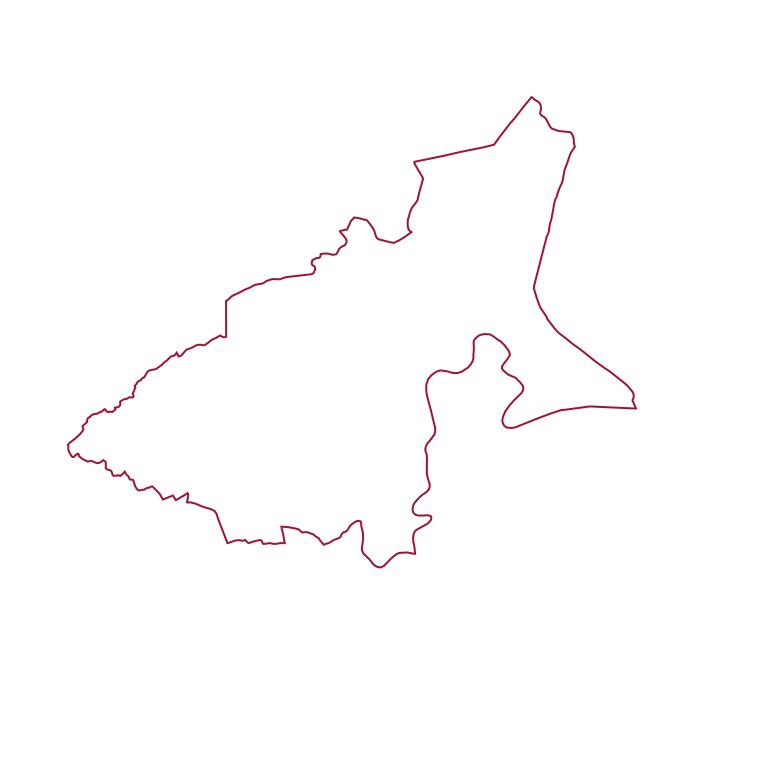 Long Dien, Bà Rịa - Vũng Tàu, Vietnam (Robinson projection), rotated 235°
{"feature_id": "81297802B9398077823445", "entity_name": "Long Dien", "entity_type": "district", "adm_level": 2, "iso_a3": "VNM", "parent_name": "Vietnam", "parent_adm1": "Bà Rịa - Vũng Tàu", "projection": "robinson", "projection_center": [107.23, 10.446], "detail": "fine", "context": "isolated", "style": "outline", "palette": "rose", "viewbox_px": 768, "rotation_deg": 235, "n_neighbors": 0, "source": "geoboundaries", "source_scale": "gbopen_adm2", "svg_char_len": 6148}
<svg xmlns="http://www.w3.org/2000/svg" viewBox="0 0 768 768"><g transform="rotate(235 384 384)"><path d="M227.1,312.1L232.7,315.3L238.1,317.6L241.0,319.3L243.8,321.9L245.5,324.6L245.9,327.1L244.6,340.1L245.5,344.0L247.5,346.3L249.2,346.5L251.3,344.6L256.2,337.0L258.7,334.9L261.1,334.3L263.4,334.6L265.5,335.9L267.3,337.7L268.9,340.3L269.8,343.4L270.9,348.9L271.2,352.0L271.1,356.8L272.1,360.7L273.6,362.4L275.4,363.8L282.6,366.2L286.0,367.7L292.9,372.5L298.0,376.3L301.9,378.6L305.2,379.5L307.1,380.6L308.7,382.3L310.6,385.7L311.2,388.9L313.8,396.5L316.1,399.0L319.2,400.9L334.7,407.0L350.2,412.7L355.3,415.4L359.4,418.5L362.8,423.3L363.9,427.6L364.1,431.0L364.0,434.1L362.8,438.0L358.7,442.5L353.1,447.1L350.9,450.5L349.5,454.5L349.3,462.6L350.5,466.9L351.9,469.7L353.6,471.8L357.8,474.9L360.9,477.6L367.0,481.5L368.0,482.6L368.8,484.5L369.2,487.9L369.1,490.7L367.3,494.9L363.6,499.5L359.8,501.1L355.1,502.6L351.3,504.2L346.0,505.0L340.6,505.2L337.8,504.8L335.5,503.8L333.7,499.7L331.7,493.2L330.6,490.7L329.0,489.6L327.1,489.4L320.5,491.1L313.6,495.4L306.7,496.5L303.0,496.7L300.8,495.8L299.0,494.1L297.7,491.3L296.2,482.0L294.7,475.2L292.3,468.3L289.1,462.9L286.1,459.8L282.9,458.7L280.5,458.6L278.0,459.5L274.6,463.5L273.1,467.0L268.4,487.2L264.1,504.0L261.0,514.3L258.7,518.2L247.6,539.7L220.9,574.3L219.5,576.4L228.2,578.2L229.5,580.5L231.4,582.0L233.8,583.0L235.8,583.1L242.1,582.5L245.3,581.9L264.1,576.4L271.5,573.5L280.3,570.4L300.0,564.6L308.6,561.5L317.2,559.1L326.0,556.3L331.4,555.6L343.9,555.1L346.0,555.7L357.2,555.9L366.7,558.4L376.6,561.7L379.4,564.5L411.4,601.8L413.3,605.1L414.6,606.7L419.8,611.5L422.9,615.6L435.8,628.6L437.3,630.8L438.3,632.9L439.9,634.7L443.6,639.8L446.5,644.8L447.9,646.7L455.6,654.5L460.2,661.2L465.0,667.7L466.6,670.5L468.6,675.9L469.3,676.6L472.2,677.6L476.4,680.3L478.9,681.0L481.2,681.4L482.9,681.1L483.7,680.7L491.0,672.3L494.3,669.8L496.9,668.1L498.5,667.7L500.9,667.7L505.0,668.4L508.0,668.7L510.5,668.4L513.4,667.1L514.9,666.8L516.4,667.3L519.0,670.2L521.3,671.6L522.9,672.3L524.7,672.5L526.3,672.4L530.8,670.3L533.0,670.0L534.4,669.3L531.5,658.9L526.5,642.5L525.2,636.8L520.6,622.1L516.9,611.4L520.6,601.8L530.3,579.6L536.3,564.7L548.5,536.5L548.4,536.1L547.6,535.6L545.8,535.3L530.5,534.0L529.4,533.4L521.4,523.6L517.3,518.9L515.5,517.1L514.1,513.7L512.4,508.1L509.8,503.9L504.5,497.4L500.6,494.5L496.7,492.8L494.3,493.0L492.7,493.6L492.6,485.0L493.0,478.6L493.9,473.1L496.9,470.1L505.6,462.6L507.5,461.9L509.9,462.2L515.3,464.0L518.9,464.4L527.7,464.0L528.9,463.3L530.1,461.9L533.5,459.3L537.6,454.9L536.8,452.7L536.8,451.6L536.2,449.9L531.7,442.3L532.8,440.3L534.1,436.8L534.4,435.5L533.1,435.3L529.1,435.9L525.0,436.1L523.2,435.7L521.4,434.4L520.2,431.7L520.8,427.3L520.5,424.6L519.3,423.0L517.9,419.9L517.8,419.0L519.3,416.0L522.8,413.0L524.9,410.3L526.7,406.7L524.6,404.6L524.7,402.8L526.0,400.4L526.5,396.2L524.2,393.8L522.3,393.5L520.8,394.4L519.1,394.4L517.2,393.1L515.5,390.4L515.2,389.2L515.5,387.6L527.6,365.3L529.6,358.6L533.1,353.9L533.9,352.7L534.4,351.6L535.8,346.7L535.9,342.8L536.4,341.1L538.9,335.9L539.5,333.7L539.8,329.4L540.9,325.5L542.1,316.3L543.2,310.5L543.1,308.3L542.5,305.2L542.6,302.3L513.4,281.9L513.2,281.5L513.4,280.7L514.4,279.5L515.2,278.7L517.5,277.8L517.8,276.8L518.1,272.7L518.7,269.9L518.9,268.1L518.6,260.5L518.8,259.0L519.6,257.9L520.9,256.9L521.6,256.0L522.8,253.9L523.4,252.2L524.1,246.3L525.3,243.0L525.3,241.5L523.8,234.9L523.7,233.5L523.9,232.5L524.3,231.6L528.6,232.1L527.7,229.8L527.7,228.2L528.5,226.2L528.7,225.1L527.7,219.1L527.8,217.8L527.7,215.6L527.1,213.8L527.0,205.8L529.4,200.3L529.8,198.4L529.5,196.5L527.7,193.1L527.1,191.3L527.3,188.8L526.7,187.4L527.1,183.5L526.0,181.2L525.4,178.7L523.5,178.2L523.2,177.2L521.6,175.2L520.7,173.1L520.1,172.6L518.0,172.1L517.1,171.1L517.4,169.9L518.9,168.3L519.2,167.7L519.4,164.8L520.6,162.2L521.0,158.6L520.9,157.9L520.6,157.4L519.3,156.9L517.8,155.4L517.4,153.1L518.9,150.4L518.8,149.9L517.6,149.8L517.2,149.4L516.9,145.5L518.3,144.1L518.9,142.3L519.9,141.5L521.2,140.9L522.6,141.2L523.3,141.0L523.7,140.5L523.3,136.9L523.9,135.5L524.0,133.0L524.6,131.0L525.6,129.5L525.8,128.1L526.2,127.2L526.2,126.4L525.6,124.1L525.9,123.3L525.9,122.4L525.5,121.3L524.3,119.7L523.1,118.7L522.5,113.5L522.2,112.8L521.1,112.2L519.5,112.0L518.6,110.7L517.1,105.6L517.0,103.4L516.5,100.9L516.1,92.4L515.4,90.2L513.8,89.6L512.1,88.2L510.3,87.4L504.2,86.6L502.7,87.0L502.3,88.2L502.7,91.4L502.7,92.5L502.4,93.3L502.1,93.5L501.4,93.5L500.3,92.7L497.3,93.4L495.4,94.0L490.3,96.9L489.2,99.8L488.2,100.7L485.0,102.6L483.6,103.9L483.1,104.6L482.7,105.6L482.5,106.8L482.6,110.4L479.8,111.4L474.4,107.7L472.9,108.1L470.6,110.1L469.9,110.4L468.0,110.5L465.5,109.6L464.1,109.6L462.4,112.3L461.6,114.1L460.0,115.1L460.2,118.3L460.9,121.3L457.6,121.1L455.2,121.6L451.7,121.0L449.6,123.3L448.9,123.4L443.2,121.6L439.6,121.3L437.8,121.9L437.1,122.5L436.0,125.4L435.0,126.7L434.8,130.4L433.8,132.0L433.4,135.1L432.8,135.6L422.9,137.2L416.1,136.7L413.8,147.1L408.2,146.9L407.2,159.3L407.4,160.5L406.2,160.5L404.2,159.0L401.8,156.7L400.9,155.3L399.9,154.8L399.5,155.1L398.7,156.8L397.9,157.7L393.9,161.1L387.8,164.9L380.9,170.3L377.2,172.4L373.4,172.3L368.9,170.8L343.4,164.5L342.7,166.4L341.5,171.3L339.4,175.6L336.6,178.2L335.9,180.8L335.3,181.1L333.2,181.1L331.8,181.6L331.0,182.5L330.6,184.6L327.4,192.9L326.4,193.7L325.1,193.7L323.1,193.3L322.3,193.4L321.8,194.0L319.1,199.3L317.0,201.2L315.2,203.4L313.0,208.0L310.6,211.4L319.1,215.4L324.9,217.5L326.0,218.2L321.8,223.3L316.5,228.5L314.0,230.7L310.6,231.4L309.2,231.9L308.3,233.8L306.4,236.4L304.5,237.5L301.8,239.6L297.6,240.9L295.1,242.1L292.1,241.9L287.6,242.4L286.7,242.7L286.4,245.2L285.7,246.2L285.3,248.1L285.0,253.8L283.6,258.8L283.7,260.7L285.1,262.7L285.6,264.1L285.8,265.9L285.1,266.8L285.1,269.1L285.5,271.1L286.9,273.9L287.6,277.0L287.5,282.1L287.0,284.0L285.5,285.7L284.1,286.0L280.0,283.6L274.2,281.4L268.8,277.8L261.9,271.5L260.3,270.6L257.0,269.9L248.5,271.5L241.8,271.9L238.5,273.3L236.3,275.1L235.5,276.7L235.0,279.5L236.9,289.2L237.4,294.4L237.4,296.5L237.0,299.4L232.7,306.4L228.4,310.5L227.1,312.1Z" fill="none" stroke="#9f1239" stroke-width="2"/></g></svg>